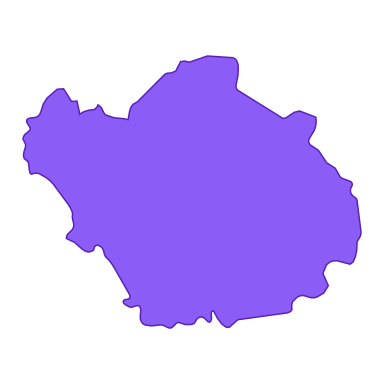 outline of Aube
{"feature_id": "FRA-5270", "entity_name": "Aube", "entity_type": "Metropolitan department", "adm_level": 1, "iso_a3": "FRA", "parent_name": "France", "parent_adm1": "", "projection": "albers", "projection_center": [4.051, 48.317], "detail": "fine", "context": "isolated", "style": "filled", "palette": "violet", "viewbox_px": 384, "rotation_deg": 0, "n_neighbors": 0, "source": "natural_earth", "source_scale": "10m", "svg_char_len": 2669}
<svg xmlns="http://www.w3.org/2000/svg" viewBox="0 0 384 384"><path d="M207.4,56.0L232.7,57.7L235.0,58.7L236.8,60.8L238.0,64.5L238.3,68.1L237.9,75.5L235.9,85.9L236.3,88.3L237.6,90.2L282.9,118.4L285.8,117.9L294.3,112.3L299.6,111.0L315.8,117.2L316.2,121.8L315.6,126.3L314.2,130.5L309.1,138.9L308.5,141.7L310.0,144.7L318.4,150.3L326.7,162.8L335.2,168.2L340.1,176.8L341.8,178.2L350.6,181.5L351.6,182.3L352.2,183.7L352.2,185.4L350.8,188.2L350.4,189.9L350.6,192.3L351.4,194.3L352.7,195.8L355.5,197.8L356.4,198.8L357.0,200.2L361.0,231.8L360.8,234.6L360.1,236.6L357.3,241.4L357.0,242.6L356.7,250.4L355.4,256.6L353.2,261.9L350.1,264.2L337.3,260.8L333.5,260.8L329.9,262.0L326.4,264.9L322.9,273.4L328.3,285.7L323.8,293.0L317.2,296.9L314.7,297.7L311.0,297.7L303.4,295.5L300.4,295.7L297.2,297.1L292.6,301.6L291.7,304.7L291.7,307.5L292.0,309.6L290.6,311.5L287.7,312.8L237.9,319.7L229.2,327.3L226.5,327.3L224.4,326.0L221.6,323.7L217.6,318.5L214.2,312.1L213.0,310.7L211.7,311.4L211.3,313.0L211.3,315.1L211.5,317.2L211.4,319.4L210.8,321.2L209.5,322.2L207.7,321.5L205.3,319.0L203.1,317.3L199.9,317.0L197.7,318.2L196.3,320.0L195.2,321.9L194.0,323.5L192.0,324.3L189.8,324.6L184.9,324.5L180.3,322.9L178.3,322.5L176.3,323.2L173.2,326.6L171.3,327.9L169.3,328.0L167.3,327.3L163.6,325.5L162.2,325.1L160.4,324.9L151.5,325.9L145.3,325.0L143.2,324.0L141.6,322.2L140.4,319.2L140.3,316.5L140.8,309.5L140.2,307.4L139.1,305.9L136.5,305.6L132.1,307.2L130.0,307.2L125.3,304.7L123.7,303.3L123.2,301.6L123.4,300.8L124.6,299.7L128.5,299.0L130.0,297.8L130.0,295.9L129.0,293.6L112.7,265.1L108.7,259.8L105.6,256.9L104.4,254.2L103.8,251.7L103.0,249.1L101.2,246.8L97.6,245.1L95.5,245.7L94.4,247.2L93.9,249.2L93.0,250.7L88.9,252.0L85.7,251.4L81.8,248.8L74.7,242.5L66.4,238.5L66.6,236.1L67.8,234.0L71.9,230.1L73.2,228.1L73.7,226.0L73.7,223.9L72.5,218.7L72.3,217.0L72.5,214.4L72.3,212.1L70.8,208.7L68.0,204.0L53.2,184.0L50.3,180.9L46.4,177.8L39.3,173.7L35.4,173.0L31.4,174.2L30.0,173.0L29.2,169.4L29.0,166.5L28.2,161.9L24.2,158.5L23.4,155.3L24.1,151.3L25.5,147.0L25.6,145.5L25.5,144.1L23.0,139.1L23.4,136.9L24.7,134.6L29.6,130.5L30.3,128.6L30.0,127.5L27.5,123.6L26.5,121.4L27.0,119.6L28.2,118.6L31.8,117.7L34.6,117.6L37.4,116.7L39.7,114.5L41.4,110.3L43.2,104.2L47.1,98.0L57.3,89.2L63.6,88.8L71.5,101.4L76.9,101.1L79.2,111.1L79.5,114.2L83.9,111.7L88.8,110.2L93.5,109.7L94.5,109.3L95.8,108.3L96.9,107.1L97.4,106.3L97.9,104.9L99.0,105.5L100.3,106.8L101.3,107.6L104.1,113.2L105.2,114.7L114.1,117.8L124.1,118.7L128.1,119.7L129.6,111.3L130.8,107.5L132.9,104.4L137.3,101.9L164.9,74.2L167.7,73.1L171.3,73.0L175.8,71.0L180.6,61.6L185.0,61.1L189.2,62.2L207.4,56.0Z" fill="#8b5cf6" stroke="#5b21b6" stroke-width="1.5"/></svg>